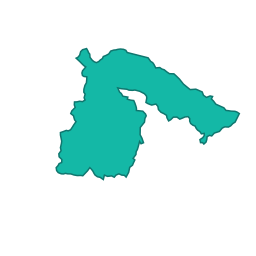 Siqueira Campos, Paraná, Brazil (orthographic projection), rotated 36°
{"feature_id": "56859067B87660188486184", "entity_name": "Siqueira Campos", "entity_type": "district", "adm_level": 2, "iso_a3": "BRA", "parent_name": "Brazil", "parent_adm1": "Paraná", "projection": "orthographic", "projection_center": [-49.788, -23.656], "detail": "fine", "context": "isolated", "style": "filled", "palette": "teal", "viewbox_px": 256, "rotation_deg": 36, "n_neighbors": 0, "source": "geoboundaries", "source_scale": "gbopen_adm2", "svg_char_len": 2724}
<svg xmlns="http://www.w3.org/2000/svg" viewBox="0 0 256 256"><g transform="rotate(36 128 128)"><path d="M103.0,59.4L83.0,67.4L80.5,66.4L78.1,67.0L75.4,68.6L73.5,70.4L72.2,72.0L70.7,73.3L68.8,75.9L68.9,79.4L67.5,82.3L66.0,84.7L66.5,86.8L65.6,89.3L65.3,91.4L64.0,93.7L61.7,94.3L59.3,94.2L55.8,93.2L53.6,90.7L51.8,90.2L50.2,89.2L47.8,88.1L45.2,91.4L44.8,94.0L46.1,97.5L45.9,100.3L45.0,102.0L50.1,102.6L53.0,103.1L55.6,103.5L57.9,103.4L57.8,105.9L57.6,108.4L58.4,110.6L60.3,112.3L62.1,112.2L64.6,110.8L66.1,113.0L67.8,115.9L68.1,118.8L69.5,122.5L71.2,125.0L73.4,125.8L74.7,129.3L76.8,130.6L75.7,133.4L73.1,134.8L71.3,136.9L69.4,138.4L71.0,140.9L73.2,142.4L72.5,147.1L73.2,150.0L76.6,150.1L80.0,152.8L82.2,153.4L82.3,157.6L82.5,160.0L82.6,163.2L81.3,165.5L79.5,166.2L77.5,169.3L76.0,171.4L77.5,173.4L82.1,177.6L83.2,179.6L84.1,181.7L84.9,183.6L87.2,185.7L87.2,189.5L89.2,191.8L93.0,192.4L94.6,194.9L93.2,197.3L93.5,199.6L93.2,202.3L95.3,204.4L97.8,205.1L100.9,204.3L102.8,203.1L104.0,201.5L106.2,200.5L108.8,198.7L111.8,197.8L114.9,196.3L117.7,194.1L119.5,193.2L120.4,186.5L120.4,182.5L122.8,182.9L125.1,183.6L127.0,184.6L128.9,185.4L131.9,185.4L134.5,184.3L138.3,184.2L136.6,180.0L139.8,179.2L142.9,176.4L145.8,175.9L146.0,173.1L147.6,170.4L150.6,169.8L152.9,168.4L155.3,168.8L154.6,163.5L152.5,158.8L153.5,155.4L152.9,153.0L152.3,149.8L150.0,149.6L150.0,144.8L148.5,142.3L148.2,139.8L147.2,137.0L145.3,132.1L147.8,133.1L149.2,130.8L145.2,128.0L141.7,126.3L140.4,124.4L137.6,120.4L137.9,113.6L136.1,110.4L135.6,107.5L134.0,106.4L130.1,105.7L124.5,108.9L123.1,106.9L121.6,105.7L118.9,103.8L116.5,102.4L113.8,103.9L110.5,105.1L109.7,103.1L105.2,105.3L102.2,104.0L100.1,103.9L96.1,101.6L99.2,100.3L104.3,97.3L106.5,96.8L109.5,94.9L111.3,93.2L115.9,91.4L121.1,90.6L124.0,91.2L125.5,92.6L127.5,96.8L129.6,96.6L131.7,96.1L133.7,95.5L136.5,92.2L139.4,92.9L141.8,95.2L145.4,95.9L148.6,95.3L151.7,95.1L153.5,96.8L156.7,98.4L157.7,96.2L158.3,92.6L161.2,90.4L164.7,90.4L165.9,88.5L167.6,85.6L169.9,83.5L172.4,84.1L173.8,86.1L176.0,87.5L178.8,87.6L181.1,87.0L183.6,88.3L185.7,88.8L188.3,88.7L190.8,89.6L192.8,87.6L194.1,89.2L194.2,91.9L193.0,95.1L195.3,97.2L196.9,96.0L198.8,96.4L199.4,93.6L198.6,91.2L197.1,88.5L198.2,86.1L200.4,85.2L200.8,81.4L204.0,77.0L204.3,72.7L205.6,70.2L208.7,68.2L209.8,65.9L210.2,62.8L211.2,60.3L209.6,50.9L206.9,51.0L204.8,51.6L201.4,53.8L199.2,54.9L196.9,56.2L193.7,55.3L185.1,57.1L181.2,55.9L178.4,55.5L177.9,52.8L175.6,53.8L173.5,57.1L169.9,57.2L166.8,55.2L163.2,56.0L160.1,56.7L155.7,60.4L147.0,59.9L140.9,58.2L136.2,57.5L133.3,57.2L129.6,59.7L126.4,59.8L123.1,59.6L120.6,60.4L118.2,60.4L115.1,63.1L111.6,61.3L109.5,60.6L107.2,60.8L103.0,59.4Z" fill="#14b8a6" stroke="#0f766e" stroke-width="1.5"/></g></svg>